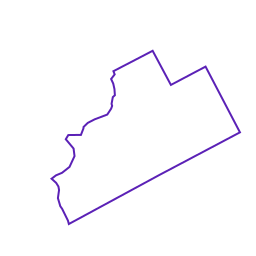 outline of Arenac, Michigan, United States of America, rotated 152°
{"feature_id": "52423323B18748750980244", "entity_name": "Arenac", "entity_type": "district", "adm_level": 2, "iso_a3": "USA", "parent_name": "United States of America", "parent_adm1": "Michigan", "projection": "orthographic", "projection_center": [-83.781, 44.037], "detail": "fine", "context": "isolated", "style": "outline", "palette": "violet", "viewbox_px": 256, "rotation_deg": 152, "n_neighbors": 0, "source": "geoboundaries", "source_scale": "gbopen_adm2", "svg_char_len": 609}
<svg xmlns="http://www.w3.org/2000/svg" viewBox="0 0 256 256"><g transform="rotate(152 128 128)"><path d="M31.2,71.6L30.7,145.8L69.9,145.9L70.0,184.6L114.2,185.0L114.6,181.6L119.9,179.2L120.2,174.1L121.7,168.7L124.2,163.1L126.9,162.4L131.2,157.0L131.6,155.0L133.8,153.0L140.0,149.6L153.3,151.3L161.1,151.4L166.7,149.8L167.6,148.5L172.8,144.0L184.0,149.8L188.2,147.3L185.7,135.4L188.4,128.3L197.9,121.1L207.3,119.4L213.8,120.0L219.3,119.1L217.2,113.3L216.9,109.0L218.0,105.6L222.8,99.0L224.5,90.7L224.1,87.6L224.5,74.4L225.3,71.0L122.3,71.8L31.2,71.6Z" fill="none" stroke="#5b21b6" stroke-width="2"/></g></svg>